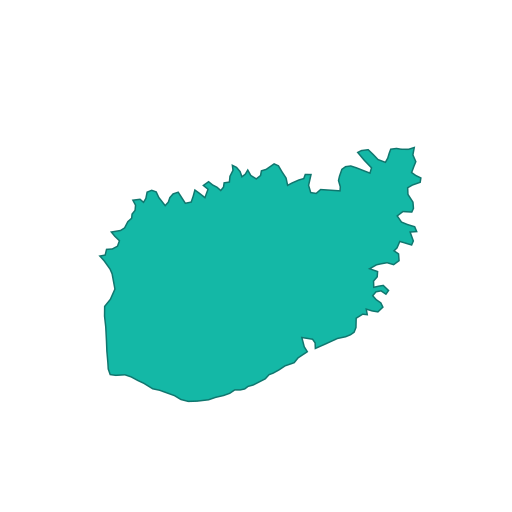 outline of Ouro Verde do Oeste, Paraná, Brazil, rotated 129°
{"feature_id": "56859067B29282085628082", "entity_name": "Ouro Verde do Oeste", "entity_type": "district", "adm_level": 2, "iso_a3": "BRA", "parent_name": "Brazil", "parent_adm1": "Paraná", "projection": "robinson", "projection_center": [-53.938, -24.799], "detail": "fine", "context": "isolated", "style": "filled", "palette": "teal", "viewbox_px": 512, "rotation_deg": 129, "n_neighbors": 0, "source": "geoboundaries", "source_scale": "gbopen_adm2", "svg_char_len": 2568}
<svg xmlns="http://www.w3.org/2000/svg" viewBox="0 0 512 512"><g transform="rotate(129 256 256)"><path d="M72.1,201.3L77.1,204.6L81.7,210.4L84.0,214.5L88.2,218.5L92.4,217.1L97.0,215.2L101.8,214.4L104.3,221.9L103.4,228.6L102.8,235.7L107.7,240.4L111.5,242.1L113.5,232.0L114.8,221.7L119.9,219.6L124.3,233.5L126.4,239.0L130.2,242.6L134.6,243.8L141.3,241.4L145.4,239.4L149.2,234.0L152.5,231.7L163.7,247.6L169.5,248.6L172.3,253.4L168.0,259.6L158.1,264.5L161.6,269.0L165.8,267.6L169.9,270.5L176.7,274.0L181.2,275.9L176.5,281.7L174.2,288.9L171.8,295.3L173.0,299.9L182.3,302.6L186.4,305.4L190.6,303.1L195.9,304.3L196.7,310.7L194.4,316.5L199.2,315.8L203.3,316.8L200.4,321.5L199.4,326.9L200.4,331.4L203.9,327.8L210.4,326.4L215.3,323.2L219.2,326.8L222.9,324.6L227.3,324.6L227.1,329.5L228.1,334.5L228.1,339.6L234.3,341.3L234.3,335.3L242.8,332.4L242.9,339.8L243.2,345.0L249.1,342.4L254.9,340.3L259.5,344.1L257.4,350.5L255.4,356.6L259.9,359.5L264.8,359.7L269.4,358.0L274.0,358.3L271.7,368.4L269.0,373.9L270.6,378.4L274.9,380.8L280.6,377.8L285.1,377.2L284.9,381.8L290.1,386.8L292.3,381.6L296.6,378.7L301.4,378.7L304.9,376.4L309.9,377.2L316.9,375.8L321.4,377.3L328.4,383.5L329.5,378.2L330.1,371.7L335.6,369.8L341.0,372.1L344.9,376.3L350.2,373.8L354.3,377.3L355.3,371.0L358.0,361.2L360.4,356.6L365.1,351.1L370.5,344.8L381.3,341.9L390.4,341.9L398.0,335.9L405.8,328.0L416.5,318.4L423.8,312.0L432.3,303.8L436.8,299.7L439.9,294.7L437.0,289.9L430.8,283.1L428.5,276.9L427.1,269.4L425.5,263.0L424.2,252.7L421.1,246.7L415.8,231.5L414.8,224.1L411.6,217.1L405.8,210.4L397.6,202.4L391.2,198.4L384.8,193.4L379.2,190.0L373.5,188.3L369.9,183.9L366.4,181.1L362.3,180.1L358.0,177.0L345.6,171.5L340.0,171.2L336.3,169.0L329.9,166.4L323.1,164.3L314.9,159.2L308.6,159.2L298.1,155.9L296.2,161.4L290.5,169.1L285.1,159.7L286.3,155.4L290.5,151.7L278.7,145.7L268.8,140.8L262.3,135.5L257.7,133.0L253.5,131.8L248.7,133.3L241.3,139.0L234.1,136.5L231.6,132.6L227.9,136.9L225.6,131.2L222.7,126.1L215.9,125.2L213.9,129.5L214.3,135.2L213.4,140.3L208.3,140.2L204.4,136.9L203.9,131.0L199.4,131.3L198.8,138.6L202.3,141.7L206.2,144.8L201.5,148.9L195.9,148.7L191.6,151.7L194.4,159.7L187.0,156.8L183.7,154.2L178.7,149.9L176.1,143.6L169.6,141.9L164.7,146.5L165.1,152.0L161.0,151.5L154.2,153.4L149.5,142.0L145.3,143.2L140.4,151.3L135.9,146.5L133.4,151.1L136.2,158.0L138.1,164.3L136.0,171.5L129.0,169.8L123.8,162.6L119.9,163.6L115.4,167.9L112.5,176.7L107.5,181.1L102.4,179.1L95.4,174.8L91.6,177.0L92.9,182.5L93.2,187.6L87.0,189.7L82.1,191.2L78.7,197.7L72.1,201.3Z" fill="#14b8a6" stroke="#0f766e" stroke-width="1.5"/></g></svg>